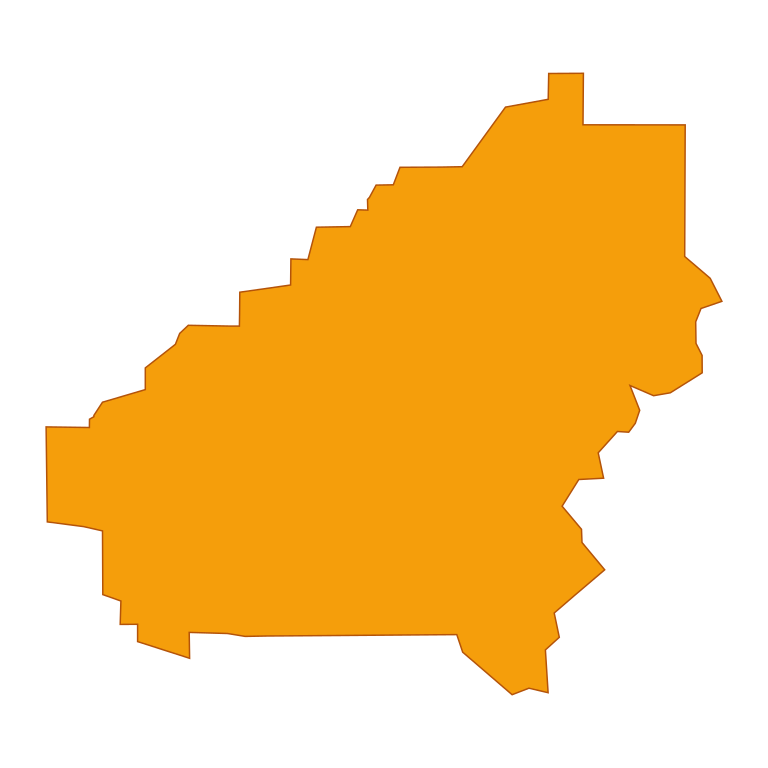 Shelby, Alabama, United States of America (Mercator projection)
{"feature_id": "52423323B89355331485408", "entity_name": "Shelby", "entity_type": "district", "adm_level": 2, "iso_a3": "USA", "parent_name": "United States of America", "parent_adm1": "Alabama", "projection": "mercator", "projection_center": [-86.665, 33.283], "detail": "fine", "context": "isolated", "style": "filled", "palette": "amber", "viewbox_px": 768, "rotation_deg": 0, "n_neighbors": 0, "source": "geoboundaries", "source_scale": "gbopen_adm2", "svg_char_len": 1093}
<svg xmlns="http://www.w3.org/2000/svg" viewBox="0 0 768 768"><path d="M548.7,73.5L548.2,99.3L505.5,107.1L462.2,166.7L440.4,167.1L400.0,167.3L393.3,184.8L376.1,185.1L369.5,197.3L367.5,199.5L367.8,210.1L357.7,209.8L350.3,226.6L316.4,227.2L307.9,259.6L290.9,258.9L290.6,285.0L239.8,292.2L239.6,313.1L239.4,326.1L230.7,326.1L188.3,325.3L179.7,333.4L175.4,344.3L145.3,367.9L145.3,389.6L102.5,402.2L93.9,415.4L93.9,416.7L89.5,419.2L89.4,427.5L46.1,426.9L47.3,521.9L83.6,526.6L102.5,530.9L102.8,594.6L120.9,601.0L120.2,624.4L137.6,624.3L137.6,641.6L189.6,658.3L189.2,632.4L227.5,633.5L245.1,636.4L267.3,636.0L338.6,635.5L456.8,634.6L462.7,652.2L512.1,694.7L528.9,688.2L548.1,692.7L545.4,649.9L559.3,637.3L554.2,613.0L574.0,595.9L604.7,569.8L582.0,542.5L581.5,529.3L562.1,506.2L578.8,479.5L603.6,478.2L598.2,452.8L617.4,431.5L628.7,432.2L635.3,423.3L639.7,410.3L630.0,385.5L653.6,395.7L670.3,392.8L702.2,372.8L702.1,355.4L696.0,343.4L695.7,321.8L701.0,308.5L721.9,301.3L710.2,278.3L684.7,256.5L685.2,124.9L583.0,124.8L583.4,73.3L548.7,73.5Z" fill="#f59e0b" stroke="#b45309" stroke-width="1.5"/></svg>